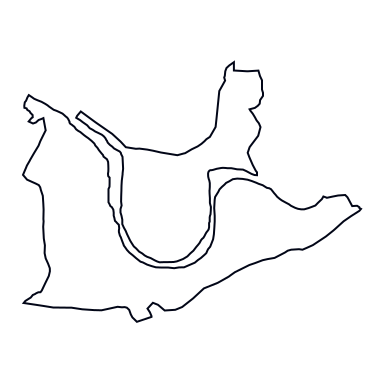 outline of Nag Hammadi, Qina, Egypt
{"feature_id": "37247803B20461221508658", "entity_name": "Nag Hammadi", "entity_type": "district", "adm_level": 2, "iso_a3": "EGY", "parent_name": "Egypt", "parent_adm1": "Qina", "projection": "natural_earth1", "projection_center": [32.278, 26.068], "detail": "fine", "context": "isolated", "style": "outline", "palette": "ink", "viewbox_px": 384, "rotation_deg": 0, "n_neighbors": 0, "source": "geoboundaries", "source_scale": "gbopen_adm2", "svg_char_len": 5581}
<svg xmlns="http://www.w3.org/2000/svg" viewBox="0 0 384 384"><path d="M28.7,121.5L33.0,123.5L35.9,122.5L38.6,120.0L41.4,119.0L43.4,118.1L45.5,129.5L45.7,130.3L40.5,140.8L40.1,141.7L38.6,145.6L34.0,153.2L30.0,160.1L29.8,160.6L26.9,165.6L25.9,168.1L24.6,171.1L23.0,174.9L27.1,179.7L27.6,179.9L32.0,181.9L35.6,183.5L38.2,184.8L38.8,185.1L40.2,187.3L40.9,190.1L42.8,195.8L43.3,203.5L43.6,209.7L43.4,219.0L43.6,221.3L43.2,226.8L43.3,228.7L43.8,238.4L43.9,239.1L44.9,245.3L44.6,253.1L45.7,258.4L48.1,263.7L49.8,268.2L49.9,271.3L48.8,276.0L45.6,282.5L43.7,286.5L41.8,290.5L40.5,292.2L38.3,292.3L36.3,293.2L34.9,294.1L32.8,295.0L30.8,297.5L28.1,299.2L26.2,300.4L25.3,301.0L23.7,303.0L35.9,304.8L43.1,305.9L53.1,307.5L71.6,307.7L82.3,309.3L94.0,310.1L101.5,310.3L107.1,309.1L117.6,306.8L121.9,307.3L124.7,307.1L126.9,307.7L129.2,309.9L130.8,314.4L132.4,317.4L136.9,321.8L151.5,316.9L151.5,316.1L149.9,312.3L147.5,308.6L151.1,304.7L152.9,302.8L158.0,304.8L164.7,310.5L175.3,309.8L182.2,307.0L193.1,298.4L203.9,288.4L217.8,282.8L228.8,276.6L230.4,275.4L234.9,272.2L249.4,265.0L255.0,263.1L262.7,260.2L267.6,259.1L274.6,257.9L285.0,252.5L287.7,250.7L291.2,249.7L299.0,249.2L302.5,249.7L306.7,247.9L312.9,245.1L325.9,236.5L333.4,230.5L335.0,229.1L343.6,221.3L351.1,216.1L359.3,210.9L361.0,208.9L359.4,208.0L359.3,207.2L357.1,205.8L355.0,205.9L352.2,206.1L350.6,203.1L348.2,198.6L347.4,197.2L345.2,195.0L343.8,195.1L338.1,195.5L332.5,196.6L326.9,197.8L326.8,197.7L323.4,196.5L321.9,199.1L317.9,202.9L315.4,205.5L311.5,207.0L308.5,208.1L304.3,209.3L301.0,209.3L297.9,208.8L295.1,207.8L291.0,205.8L289.0,204.3L285.6,202.5L281.8,200.4L279.7,198.9L277.2,196.8L275.6,194.8L274.0,193.0L272.7,191.3L271.0,189.2L269.1,188.2L268.8,188.2L266.8,187.8L262.7,185.2L258.6,183.8L256.4,182.8L251.7,181.0L247.6,179.7L242.4,178.9L237.2,178.6L232.8,179.2L229.3,181.3L226.1,182.9L224.5,184.6L221.9,186.9L219.5,189.4L218.4,191.7L215.1,197.0L214.7,199.6L214.2,208.1L214.7,215.7L214.7,221.4L214.4,226.8L213.9,234.2L213.1,239.3L211.5,243.4L210.2,246.7L208.2,249.0L207.5,250.3L206.3,253.1L205.5,253.9L204.3,255.0L200.9,258.0L198.0,260.0L194.8,262.7L189.4,265.0L184.1,267.3L179.1,267.4L174.2,268.2L167.8,267.5L164.7,267.5L160.5,267.5L155.9,267.3L151.6,266.1L147.1,264.6L142.8,262.4L140.5,261.7L136.0,258.1L132.8,255.3L129.4,252.6L127.0,250.0L125.2,247.4L123.8,245.5L123.5,244.3L123.4,244.2L121.9,240.3L120.8,237.2L119.9,235.6L118.9,232.0L118.9,230.3L119.0,229.6L119.2,228.2L119.0,226.5L118.8,224.7L117.3,223.3L116.0,221.8L115.0,220.9L114.6,219.2L114.4,218.0L113.7,215.7L113.7,212.6L113.3,209.6L111.8,207.1L110.4,206.1L110.1,205.5L109.5,204.1L108.5,202.3L108.5,192.5L108.5,189.0L109.5,186.8L109.6,183.1L109.6,177.6L108.3,176.3L108.1,175.2L108.0,173.5L108.3,171.8L108.4,168.9L108.3,165.2L108.1,161.9L107.0,159.3L103.5,156.6L103.1,155.2L102.5,154.5L101.2,153.0L98.8,150.0L97.5,147.9L95.3,145.5L94.5,143.8L94.2,143.4L91.6,140.9L90.0,139.6L88.3,138.2L86.0,136.6L84.0,135.1L81.7,133.2L80.5,132.2L80.4,132.1L78.1,130.8L76.1,129.3L74.3,126.7L73.2,125.9L72.0,124.9L70.2,123.7L69.5,122.6L69.5,121.6L68.6,119.9L68.5,119.5L67.2,117.6L65.5,116.3L64.9,115.7L62.5,113.6L59.8,112.3L56.5,110.8L53.7,109.8L49.1,106.6L47.5,105.3L45.3,103.9L41.5,101.8L37.4,100.2L34.2,98.8L31.4,96.8L28.8,95.1L27.4,97.5L26.1,100.7L24.8,102.3L24.3,105.5L24.3,106.2L24.4,107.8L26.6,108.4L27.3,109.9L29.6,111.3L30.4,112.8L31.9,114.3L32.6,115.0L32.7,117.3L31.4,118.2L30.7,119.0L29.4,120.6L28.7,121.5ZM77.1,115.9L76.2,117.8L77.0,118.3L80.1,120.1L82.5,122.0L87.2,125.3L89.7,128.2L92.7,129.8L95.2,131.5L98.0,132.8L101.8,134.7L103.8,136.3L105.4,138.2L106.5,140.3L106.9,140.7L107.7,142.6L109.9,144.9L112.2,146.6L114.1,148.5L117.4,150.3L119.7,151.5L120.8,152.8L121.2,154.3L122.5,156.8L122.7,160.4L123.0,166.4L123.1,168.8L122.6,173.3L122.6,174.2L121.8,180.6L121.5,185.7L121.4,190.7L121.2,196.2L121.1,201.7L121.6,205.5L120.5,209.1L120.5,212.5L121.5,215.8L122.3,219.7L122.3,224.2L123.9,227.7L125.7,230.9L127.1,234.3L130.2,240.7L131.8,243.3L133.8,246.4L136.2,248.5L139.1,251.6L142.3,253.5L144.6,255.4L147.1,256.8L150.7,258.1L154.7,260.3L157.2,261.5L159.6,262.3L162.0,262.2L165.0,262.1L168.5,262.1L173.6,262.0L176.8,261.4L180.0,260.2L183.1,259.0L187.4,256.4L190.3,253.4L193.4,250.7L196.3,246.9L198.2,244.7L199.6,242.9L201.1,240.1L202.0,239.0L203.4,237.8L204.5,236.0L205.5,234.0L206.4,232.4L207.3,231.3L208.6,229.5L209.1,227.2L209.1,223.0L209.7,221.6L209.7,217.3L210.0,215.7L210.5,214.4L210.8,210.4L210.9,206.9L210.4,205.1L209.9,203.0L209.9,198.1L209.6,193.7L209.5,190.5L209.6,190.0L209.8,187.0L209.8,183.1L209.3,180.5L208.8,179.2L208.2,176.7L208.1,174.9L208.1,173.2L208.6,171.6L209.5,170.6L210.3,170.2L211.3,170.2L213.0,169.9L216.7,168.8L221.1,168.0L222.1,167.9L224.1,167.9L225.8,168.0L227.5,168.2L231.2,168.2L233.5,168.6L237.0,169.3L243.0,169.6L246.3,171.1L248.9,172.5L251.5,173.9L254.4,175.0L257.0,175.2L257.0,172.3L255.8,170.8L252.7,164.9L249.4,157.3L247.7,152.8L249.6,147.2L250.7,145.7L258.2,135.8L260.5,127.1L258.9,123.3L256.6,120.4L255.0,117.4L253.8,115.4L252.7,113.6L250.4,110.7L249.6,109.3L254.9,107.9L257.8,105.8L259.7,103.7L260.1,100.1L263.0,95.9L263.0,92.8L262.0,89.6L262.0,80.3L260.0,76.1L258.4,70.6L247.5,71.3L233.9,70.5L233.9,69.9L233.9,62.2L229.2,65.5L226.5,68.0L225.3,71.2L224.8,75.9L224.2,77.5L225.1,80.6L219.3,91.0L216.6,117.6L215.6,127.0L212.9,131.7L209.9,136.9L206.4,139.2L204.5,141.2L201.5,143.8L197.7,146.4L191.7,149.3L185.1,153.2L183.7,153.5L177.4,155.2L160.9,152.5L153.0,150.7L147.3,149.6L139.4,148.6L135.9,148.8L125.8,147.2L120.6,141.6L112.2,133.9L95.5,122.3L80.8,111.5L78.0,114.8L77.1,115.9Z" fill="none" stroke="#020617" stroke-width="2"/></svg>